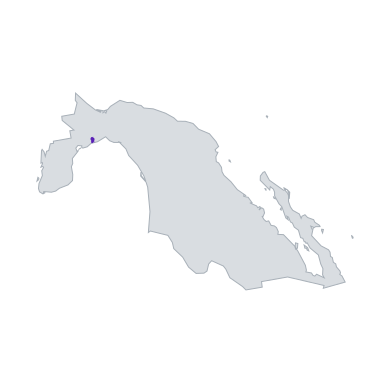 Jalpa de Méndez, Tabasco, Mexico shown in context, rotated 170°
{"feature_id": "50627088B16392647790801", "entity_name": "Jalpa de Méndez", "entity_type": "district", "adm_level": 2, "iso_a3": "MEX", "parent_name": "Mexico", "parent_adm1": "Tabasco", "projection": "equal_earth", "projection_center": [-93.099, 18.238], "detail": "fine", "context": "in_parent", "style": "filled", "palette": "violet", "viewbox_px": 384, "rotation_deg": 170, "n_neighbors": 0, "source": "geoboundaries", "source_scale": "gbopen_adm2", "svg_char_len": 4688}
<svg xmlns="http://www.w3.org/2000/svg" viewBox="0 0 384 384"><g transform="rotate(170 192 192)"><path d="M56.8,76.7L79.4,74.4L78.2,77.0L112.6,91.7L139.1,91.7L139.4,86.1L155.9,86.2L158.6,90.1L169.6,101.0L172.1,110.2L174.0,113.7L184.6,120.9L188.1,118.2L191.0,111.5L194.3,110.0L202.1,111.1L208.4,118.6L212.5,129.5L219.8,139.4L220.1,145.7L223.3,153.5L239.8,160.8L242.0,159.7L236.8,180.0L234.8,204.4L235.5,209.6L239.8,216.7L238.8,220.5L239.1,216.7L235.6,210.7L236.6,216.2L240.9,227.8L248.0,238.9L249.6,245.9L254.5,253.0L253.1,252.8L256.0,254.5L255.1,253.5L260.4,254.4L264.2,256.8L267.5,261.4L276.4,257.9L283.0,257.4L287.3,254.7L291.9,254.2L292.9,255.2L292.5,256.6L296.3,257.6L298.8,255.4L298.1,251.7L296.9,252.6L297.2,251.9L304.0,245.8L304.5,240.8L306.4,237.9L306.4,229.9L307.7,224.0L312.9,220.5L322.0,218.7L326.0,216.6L330.5,216.2L337.9,218.2L338.5,216.9L336.6,216.9L339.1,216.0L342.1,218.6L342.6,222.1L341.2,226.9L336.5,234.2L336.3,239.0L333.9,242.0L334.4,243.1L336.5,242.7L334.3,245.8L334.3,247.0L335.8,246.6L333.0,258.9L332.2,260.0L330.7,257.2L330.3,252.6L328.1,257.4L325.9,257.7L323.2,264.1L319.9,264.0L319.7,266.1L301.7,266.1L301.7,273.5L297.5,273.5L307.4,285.0L307.1,289.2L294.4,289.2L289.7,299.8L291.0,302.5L289.5,309.6L280.2,297.5L272.8,289.5L268.3,286.4L267.7,287.2L271.9,289.9L265.4,287.5L265.9,285.5L264.1,286.3L263.1,284.6L261.9,286.5L264.0,287.4L260.7,287.8L257.5,290.5L247.1,294.8L240.4,291.4L234.8,290.6L231.0,287.4L227.2,286.1L224.9,283.1L215.7,280.6L204.4,274.2L197.0,268.2L194.0,264.2L186.3,262.8L179.1,259.3L174.6,252.7L164.7,246.3L159.6,237.5L157.9,232.2L161.9,229.6L161.3,227.3L159.6,226.6L162.4,222.5L162.8,217.7L160.7,216.0L158.7,211.2L158.9,206.7L157.6,202.8L151.9,195.4L147.0,186.5L139.3,178.9L141.5,180.3L141.8,178.7L137.6,177.0L134.7,171.0L136.9,171.2L130.8,167.1L130.0,165.1L127.7,165.9L127.3,165.0L129.2,162.6L126.1,164.4L124.4,162.7L124.2,158.8L126.5,155.3L127.3,156.0L125.9,152.4L124.1,150.1L121.5,150.2L119.9,145.4L116.8,144.3L115.0,142.3L113.9,138.0L114.8,135.4L109.3,134.1L100.2,120.7L99.8,117.5L98.4,116.6L93.1,100.2L92.9,95.2L93.7,93.5L88.4,91.5L87.3,88.8L85.6,87.9L83.6,89.4L76.7,84.5L77.8,87.7L76.4,93.8L77.7,98.7L78.5,108.1L85.4,116.3L87.4,121.9L88.6,121.6L89.0,123.3L90.1,123.5L90.9,127.1L93.0,128.2L93.8,135.9L97.4,139.7L98.5,144.0L100.2,145.4L101.3,150.5L102.8,151.7L102.1,147.9L104.1,150.1L106.1,161.9L108.4,165.3L111.3,173.8L110.7,177.4L111.3,180.6L114.0,183.7L115.1,180.5L122.8,191.7L121.9,195.9L118.6,199.0L116.8,199.4L113.7,190.1L101.5,177.8L100.4,178.0L98.0,174.1L97.6,171.5L98.6,165.8L97.7,160.3L96.0,156.5L90.1,151.7L89.1,147.1L87.9,149.1L84.7,150.0L82.6,146.8L77.0,143.6L76.3,140.9L72.2,137.0L71.9,135.7L76.3,136.4L78.9,135.3L78.8,136.5L81.0,137.8L80.3,134.7L79.3,134.5L81.8,128.2L74.2,116.5L67.6,111.4L66.5,108.8L66.8,104.5L65.2,103.1L65.0,98.2L62.9,96.2L62.8,93.2L60.1,88.7L59.8,86.6L60.8,85.2L58.9,83.3L56.8,76.7ZM99.8,120.9L98.9,123.9L96.7,122.9L97.9,118.4L99.2,117.9L99.8,120.9ZM90.8,120.3L87.8,117.1L87.2,113.7L88.7,114.8L89.0,116.7L90.6,117.1L90.8,120.3ZM341.2,233.2L340.4,232.2L340.8,230.8L342.8,229.6L341.2,233.2ZM97.9,177.9L95.8,174.8L97.4,168.4L96.8,174.1L97.9,177.9ZM70.8,132.8L69.1,132.3L70.5,129.0L71.1,131.5L70.8,132.8ZM42.5,121.7L41.2,119.5L41.5,118.6L42.1,118.6L42.5,121.7ZM99.8,178.0L101.1,180.5L98.3,178.1L99.8,178.0ZM150.2,216.1L149.9,217.2L149.2,216.7L148.9,215.0L150.2,216.1ZM112.3,171.5L112.8,173.5L111.4,171.0L112.3,171.5ZM107.3,158.7L108.1,159.5L106.8,161.3L107.3,158.7ZM105.7,253.8L105.1,254.1L104.3,253.3L105.0,252.2L105.7,253.8ZM295.1,254.2L293.5,254.7L296.2,253.6L295.1,254.2ZM119.6,182.6L118.7,182.4L118.7,180.5L119.6,182.6Z" fill="#d9dde1" stroke="#a8b0b8" stroke-width="1"/><path d="M281.7,259.4L281.8,258.9L281.8,258.6L281.9,258.3L281.8,258.2L281.7,258.2L281.7,258.3L281.5,258.5L281.4,258.5L281.2,258.6L281.0,258.8L280.9,258.8L281.0,258.9L280.9,258.9L280.9,259.0L281.0,259.1L281.0,259.3L280.9,259.4L281.0,259.4L280.9,259.4L280.9,259.5L280.9,259.8L280.7,259.8L280.8,259.9L280.8,260.0L280.9,260.3L280.8,260.5L280.7,260.5L280.6,260.8L280.5,260.7L280.4,260.6L280.3,260.8L280.2,260.8L280.2,260.7L280.3,260.7L280.2,260.6L280.1,260.8L279.9,260.9L279.9,261.0L279.8,261.3L279.7,261.3L279.8,261.5L280.0,261.5L280.3,261.6L280.5,261.7L280.6,261.8L280.6,261.7L280.6,261.8L280.6,262.0L280.5,262.3L280.4,262.3L280.5,262.4L280.5,262.5L280.7,262.4L280.9,262.4L280.9,262.5L280.9,262.4L280.9,262.5L281.0,262.5L281.3,262.7L281.5,262.7L281.8,262.2L281.7,262.2L281.7,261.9L281.7,261.7L281.5,261.4L281.5,261.2L281.5,260.9L281.5,261.0L281.4,261.0L281.3,260.8L281.3,260.6L281.2,260.6L281.3,260.6L281.3,260.4L281.6,260.4L281.5,260.2L281.5,259.9L281.5,259.4L281.7,259.4Z" fill="#8b5cf6" stroke="#5b21b6" stroke-width="1.5"/></g></svg>